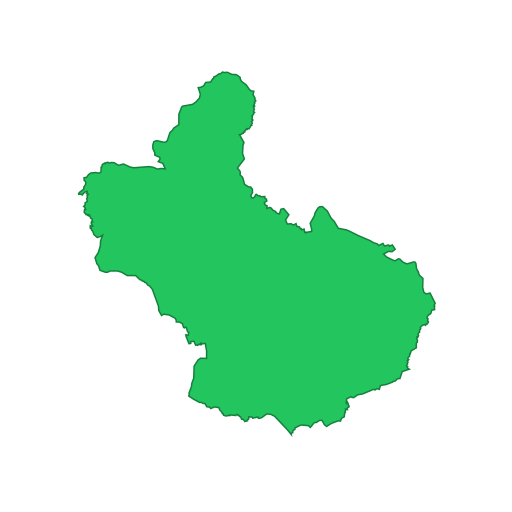 outline of Pak Thong Chai, Nakhon Ratchasima, Thailand, rotated 70°
{"feature_id": "78962969B86038514919301", "entity_name": "Pak Thong Chai", "entity_type": "district", "adm_level": 2, "iso_a3": "THA", "parent_name": "Thailand", "parent_adm1": "Nakhon Ratchasima", "projection": "orthographic", "projection_center": [101.937, 14.672], "detail": "fine", "context": "isolated", "style": "filled", "palette": "green", "viewbox_px": 512, "rotation_deg": 70, "n_neighbors": 0, "source": "geoboundaries", "source_scale": "gbopen_adm2", "svg_char_len": 6140}
<svg xmlns="http://www.w3.org/2000/svg" viewBox="0 0 512 512"><g transform="rotate(70 256 256)"><path d="M414.8,150.7L413.2,152.0L412.0,151.9L411.9,151.4L410.6,152.2L409.4,150.5L408.2,150.4L408.0,149.7L407.0,149.4L406.2,149.7L405.7,148.0L404.9,148.6L403.4,147.8L402.8,146.0L400.8,145.2L400.9,144.7L398.2,142.6L397.1,136.7L392.7,135.2L392.2,133.9L390.5,133.1L388.2,133.2L387.9,132.1L387.0,132.2L387.2,131.3L386.2,130.4L385.4,130.7L384.2,129.9L383.4,128.2L381.8,127.8L380.7,126.1L379.3,126.0L378.0,123.4L378.2,120.9L379.1,120.4L378.3,119.8L378.5,118.5L377.8,118.3L377.6,117.0L376.7,116.4L375.7,117.0L373.8,115.8L372.8,116.5L371.3,115.5L370.1,113.4L370.4,112.9L369.8,111.4L367.0,109.3L367.5,106.5L365.0,105.9L364.4,105.2L363.3,105.5L361.7,103.8L350.3,105.1L349.9,109.0L347.6,110.7L342.5,110.1L334.2,106.8L329.8,109.1L326.4,108.9L323.0,109.5L317.6,108.3L316.1,108.7L315.5,109.9L315.1,116.5L314.6,117.4L311.8,120.2L308.2,121.8L307.3,123.1L308.1,126.6L307.2,128.3L301.5,133.7L297.8,135.4L297.0,130.0L298.5,126.7L297.3,122.9L292.2,124.1L292.4,127.2L291.0,127.5L290.5,131.9L287.6,132.4L288.1,137.0L286.0,138.0L283.8,140.9L280.4,143.7L272.4,152.3L264.2,160.1L262.3,162.2L258.1,169.2L250.4,170.6L246.1,172.5L238.1,173.6L232.3,176.7L231.5,179.3L232.0,181.2L235.5,185.6L238.3,187.5L243.8,193.9L249.7,194.5L252.0,195.3L251.0,200.4L251.4,201.2L250.5,201.2L250.3,202.2L247.1,201.6L247.0,204.1L245.6,204.2L245.3,205.1L243.5,205.2L242.0,207.6L239.3,207.3L239.6,209.8L239.3,210.8L237.7,211.9L236.7,215.6L232.2,215.9L228.5,211.0L220.9,213.8L220.6,216.6L224.4,219.6L223.6,220.9L222.2,222.3L220.9,222.3L218.7,224.5L216.2,225.3L215.1,226.3L215.0,229.5L212.6,228.4L211.4,229.9L208.6,229.9L208.0,227.0L206.0,226.8L204.7,227.9L203.1,227.4L202.1,230.9L200.7,231.9L200.4,233.2L198.2,234.5L198.2,235.3L200.1,237.2L200.4,239.2L199.7,240.2L197.6,240.3L195.2,237.6L192.0,236.5L189.4,237.4L188.3,239.6L184.8,242.2L177.6,241.7L174.2,243.2L172.3,242.2L170.5,242.1L167.0,243.4L160.8,233.7L155.1,233.6L147.6,230.4L145.3,228.5L136.3,230.0L136.7,228.0L135.9,226.5L136.3,225.9L135.6,225.4L135.5,224.0L134.9,224.2L134.0,222.8L134.0,221.6L133.5,221.8L133.2,221.3L134.0,220.8L133.5,220.1L134.1,218.9L131.9,216.4L131.8,215.3L130.8,215.4L130.0,214.1L128.0,214.1L127.8,212.9L127.0,212.4L126.1,212.9L123.9,211.8L123.1,212.0L122.0,209.9L120.8,209.2L120.7,208.3L118.9,208.8L117.7,207.4L115.8,207.3L115.2,206.7L114.5,207.1L114.5,206.0L113.2,206.4L112.3,205.0L111.0,204.9L110.5,203.4L109.8,203.1L108.4,203.7L107.4,202.9L103.3,203.6L100.5,201.7L99.1,204.1L97.4,205.2L91.8,206.7L86.9,209.9L84.2,210.2L82.8,209.8L80.0,211.6L78.7,212.7L77.1,216.6L73.6,220.0L72.7,223.1L71.7,224.5L72.6,227.0L72.2,228.5L73.4,232.9L73.1,234.0L74.6,235.3L74.7,236.1L77.0,239.2L75.7,243.9L78.2,247.0L78.6,250.0L78.0,252.7L85.0,253.0L88.2,255.1L90.7,259.7L91.8,263.8L90.1,273.5L90.5,274.8L96.4,280.0L106.2,283.6L107.7,289.6L109.3,291.6L110.5,294.6L117.4,300.0L118.0,302.0L117.7,303.6L113.6,309.8L113.6,312.9L116.4,315.0L120.0,316.2L124.3,315.8L126.6,316.6L130.4,312.7L132.2,313.1L133.9,315.6L137.1,311.9L143.1,311.5L141.3,315.2L140.6,318.9L137.5,322.2L135.3,326.2L131.3,340.6L129.5,343.7L124.2,349.1L123.8,354.1L119.8,357.4L118.6,360.0L118.5,362.2L117.2,363.2L117.1,365.5L117.6,366.0L116.9,366.4L117.5,369.1L119.7,370.6L119.6,371.1L123.9,372.9L124.4,373.9L124.2,375.8L122.7,378.0L121.5,383.1L122.3,385.6L124.1,388.3L123.7,390.9L126.3,391.6L127.6,390.8L128.9,390.9L130.5,391.7L132.3,394.2L134.2,394.9L135.9,400.3L136.9,401.5L137.5,401.4L137.8,399.8L139.3,398.3L138.0,396.6L137.3,394.1L137.4,392.6L138.1,392.5L139.4,394.0L140.6,392.5L141.7,394.2L143.3,394.4L144.2,395.5L147.0,395.8L147.6,398.4L149.7,399.3L150.5,401.0L152.0,400.1L153.2,400.2L153.4,400.8L154.0,400.3L154.4,401.6L156.1,402.5L159.0,401.5L158.9,400.8L160.1,400.4L159.9,399.4L160.6,398.5L161.2,399.3L162.0,398.3L163.8,398.5L165.2,397.4L166.8,397.8L167.4,398.6L168.1,398.1L168.0,399.2L169.2,399.7L172.0,399.1L172.2,400.1L170.8,401.3L172.0,401.9L173.4,402.2L173.6,401.3L175.6,401.6L176.8,400.9L180.4,401.0L184.3,398.9L184.5,395.5L184.0,393.0L188.5,396.8L193.5,399.0L198.9,403.1L202.5,407.8L208.8,408.2L211.3,407.3L216.1,407.5L220.0,402.8L220.5,400.8L220.2,398.2L222.6,391.5L225.2,387.9L230.4,383.6L233.2,375.8L238.7,373.1L239.3,371.9L240.7,371.4L241.3,370.1L242.7,369.7L243.7,368.3L246.1,367.8L247.7,366.3L251.8,364.8L269.7,364.8L274.0,366.0L279.6,365.1L279.1,362.7L281.7,357.8L286.7,353.4L288.7,352.9L290.7,353.5L291.9,350.5L294.5,348.3L298.4,348.5L299.1,347.7L298.7,347.1L299.2,346.0L303.9,346.2L304.9,345.3L307.3,346.9L306.0,348.8L307.2,349.2L315.5,349.0L315.8,347.2L314.1,346.9L314.9,343.5L319.2,343.2L319.2,342.2L319.9,341.7L319.3,340.3L319.9,340.1L319.6,339.3L320.3,338.5L319.5,338.1L320.2,337.6L319.2,337.3L319.5,336.9L320.1,337.1L320.7,333.6L328.4,334.9L335.3,337.5L333.1,343.1L333.9,346.0L338.3,351.8L349.5,356.3L353.9,360.0L356.8,361.4L361.8,365.8L363.5,366.2L364.6,367.1L369.4,363.5L374.3,359.1L374.9,357.4L376.4,356.2L377.2,354.4L380.8,353.8L382.2,351.3L383.9,350.6L383.6,346.7L385.7,342.8L388.4,342.7L391.4,341.4L392.5,341.6L392.9,340.9L394.6,340.9L396.1,338.9L396.6,336.2L396.2,335.7L397.1,335.0L396.7,334.2L399.0,329.5L398.3,328.7L398.6,327.6L399.6,327.5L400.0,326.5L401.1,326.4L402.0,325.4L404.5,325.4L405.1,323.8L407.7,323.1L407.9,320.4L407.2,320.3L406.6,318.5L404.7,318.0L404.6,317.5L406.4,314.5L407.3,314.5L407.9,309.3L409.3,309.3L409.7,308.4L409.8,305.8L408.1,299.9L409.8,296.3L413.0,293.3L430.1,285.9L435.8,283.9L434.4,283.6L434.7,282.0L432.7,281.0L432.2,278.7L430.8,278.0L430.2,271.5L433.4,264.7L435.7,263.6L432.5,258.2L433.1,256.2L432.2,252.4L433.2,250.1L437.7,249.5L440.3,248.0L439.1,242.5L439.0,235.4L440.0,233.0L437.7,231.2L437.4,228.2L433.6,226.1L433.5,225.5L431.8,225.1L431.3,223.8L430.7,223.9L431.5,222.7L430.8,222.7L429.9,221.7L429.5,220.0L425.1,220.0L425.7,220.9L424.5,220.6L424.4,221.3L423.4,220.3L422.8,220.6L421.2,219.5L420.7,214.9L421.8,214.1L422.5,212.4L421.2,208.0L422.1,202.9L421.5,191.8L421.7,190.6L422.6,190.1L422.0,187.8L423.5,185.7L420.8,183.8L420.3,182.6L421.3,177.6L421.2,170.5L420.7,169.8L421.1,167.8L419.7,165.0L420.4,162.7L414.6,158.1L414.8,150.7Z" fill="#22c55e" stroke="#15803d" stroke-width="1.5"/></g></svg>